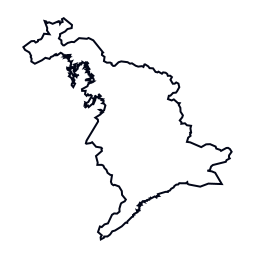 the district of Huancane, Puno, Peru, rotated 89°
{"feature_id": "86281439B8131486322955", "entity_name": "Huancane", "entity_type": "district", "adm_level": 2, "iso_a3": "PER", "parent_name": "Peru", "parent_adm1": "Puno", "projection": "natural_earth1", "projection_center": [-69.717, -15.15], "detail": "fine", "context": "isolated", "style": "outline", "palette": "ink", "viewbox_px": 256, "rotation_deg": 89, "n_neighbors": 0, "source": "geoboundaries", "source_scale": "gbopen_adm2", "svg_char_len": 5752}
<svg xmlns="http://www.w3.org/2000/svg" viewBox="0 0 256 256"><g transform="rotate(89 128 128)"><path d="M17.1,190.4L18.0,192.1L20.8,191.5L21.4,193.3L22.6,194.1L20.2,194.5L20.7,195.9L20.2,196.0L22.5,201.5L20.9,205.1L21.6,206.7L20.0,208.0L19.6,209.5L26.6,207.0L29.1,207.3L32.9,204.9L32.3,210.3L36.8,212.6L37.8,213.6L38.5,216.4L39.7,216.5L40.6,217.9L40.9,218.9L39.4,220.2L39.5,223.1L45.3,231.2L48.1,229.6L50.7,225.3L54.2,223.6L55.2,224.1L57.0,223.2L59.8,223.5L62.1,220.0L58.8,212.9L56.4,209.4L57.5,205.2L55.6,203.8L54.9,201.8L53.3,199.8L52.9,198.8L53.5,198.7L53.5,197.7L54.0,198.3L54.0,197.4L51.6,194.0L52.7,192.1L55.1,190.8L53.9,189.8L54.7,188.6L54.0,187.7L53.9,184.4L54.6,184.7L54.5,185.5L55.2,188.1L54.9,185.8L55.5,184.8L55.7,186.0L56.1,185.7L56.2,187.3L55.5,187.1L55.7,188.4L54.9,188.9L55.6,190.6L55.8,189.2L56.5,189.8L56.0,188.0L56.6,188.3L56.7,187.1L58.2,187.0L56.7,186.7L56.6,185.8L57.4,185.7L58.0,186.6L59.3,185.6L59.9,186.1L60.7,184.2L60.3,183.0L62.0,184.0L63.4,183.5L64.3,184.5L66.8,184.1L66.5,185.4L66.8,186.4L67.2,186.1L66.7,187.7L67.4,187.6L67.4,188.7L67.8,187.1L68.8,187.2L70.4,184.5L72.2,184.2L72.3,185.9L73.9,185.0L75.2,186.2L76.5,184.2L78.8,182.9L82.1,182.1L82.5,183.3L84.2,183.6L86.2,182.0L82.6,180.1L81.5,181.6L79.2,180.7L78.1,182.1L77.6,180.7L77.5,182.3L75.2,181.3L75.2,180.6L74.3,180.9L73.6,180.1L75.8,178.5L75.0,178.3L73.9,176.2L74.5,178.0L75.3,178.7L73.4,179.3L72.9,180.4L74.1,182.2L68.6,185.2L68.0,185.3L68.0,184.7L67.8,186.0L67.3,184.6L67.7,183.9L67.3,183.2L67.3,184.4L65.9,183.0L66.5,181.8L67.1,182.2L67.3,181.8L66.2,181.4L65.8,180.2L63.7,180.8L63.1,179.0L64.9,180.2L65.1,179.4L66.2,179.9L65.5,179.4L65.9,179.2L66.6,180.1L66.6,181.1L68.0,181.1L67.2,180.5L69.1,179.5L70.1,180.3L69.5,180.4L70.1,181.4L71.2,180.8L69.5,178.8L68.6,179.0L69.6,177.9L68.4,178.8L67.9,177.3L65.6,177.1L66.0,176.9L64.7,175.9L64.5,176.6L63.8,176.5L63.7,173.7L62.8,173.2L62.8,174.5L62.5,174.7L62.0,172.4L61.2,172.4L62.4,170.6L62.1,169.3L60.8,168.9L63.8,168.7L64.6,170.2L65.2,169.8L66.9,170.8L66.5,169.9L65.8,169.9L66.2,169.6L61.9,167.5L62.6,166.8L63.8,168.0L64.7,167.6L65.9,168.5L66.0,167.2L67.1,167.7L66.9,166.6L68.4,165.5L69.0,166.4L68.3,167.1L69.2,167.7L68.6,167.7L68.9,168.8L69.5,167.7L71.4,168.8L71.1,165.9L72.1,165.9L71.5,166.5L72.0,166.9L74.0,166.4L74.7,164.5L73.4,163.7L74.1,162.9L74.1,163.7L74.7,163.3L75.4,164.3L75.8,162.5L78.1,165.7L78.7,168.8L80.0,169.9L79.2,168.3L79.5,166.2L77.2,163.3L77.5,162.0L78.9,161.4L80.6,161.8L80.7,161.2L81.5,162.4L80.4,164.8L81.5,164.6L81.7,166.0L82.2,165.3L82.3,166.4L82.5,165.4L83.5,167.1L85.5,167.8L88.4,173.4L90.1,173.2L90.1,169.7L93.4,170.4L95.1,168.8L93.6,167.5L94.8,166.5L94.2,164.6L95.3,163.6L101.3,167.2L102.3,169.0L101.8,170.1L103.2,169.6L103.0,170.7L104.5,171.0L104.1,170.0L105.3,169.7L107.1,170.8L104.8,167.7L106.4,166.9L103.5,163.5L103.6,162.2L100.8,160.9L101.4,162.3L98.5,161.6L97.7,162.6L97.6,161.3L99.0,160.4L97.1,159.8L95.7,160.5L95.4,159.9L96.8,158.6L96.3,157.5L95.0,156.1L93.4,156.9L95.6,154.7L96.6,156.3L97.8,156.7L98.8,152.5L99.8,153.7L100.5,151.9L102.0,152.1L102.8,153.1L103.0,151.9L105.0,150.2L109.9,151.6L110.6,153.1L109.3,154.9L109.4,156.1L111.8,152.8L112.7,154.0L112.6,155.1L113.8,155.1L117.1,160.5L119.0,158.0L121.0,157.8L139.8,169.6L142.6,170.4L143.0,169.9L142.4,165.6L141.6,164.1L146.2,160.3L147.1,155.3L147.9,154.4L148.9,154.9L150.5,154.5L155.5,160.5L162.0,158.9L164.3,159.3L164.4,154.9L165.2,153.3L167.5,152.3L169.5,150.3L172.5,149.2L174.5,146.6L174.9,144.8L181.5,146.0L183.7,145.2L185.0,143.6L184.6,142.3L186.3,138.0L191.0,135.3L194.8,135.1L199.5,131.4L201.2,132.5L202.9,135.9L204.0,136.6L208.6,138.0L211.4,137.9L213.4,140.4L213.2,143.4L214.5,145.5L223.0,149.7L224.0,153.2L226.6,156.0L226.0,157.8L231.5,159.8L234.8,156.1L236.8,157.3L238.9,157.1L237.3,154.0L236.1,153.7L236.1,150.4L234.2,147.8L231.0,145.5L230.3,142.8L226.2,135.9L222.6,132.1L222.8,130.4L221.5,130.3L217.1,125.8L216.6,124.4L215.1,124.5L214.8,123.1L213.9,123.3L212.4,120.0L210.6,120.6L211.3,119.5L210.7,118.0L209.6,118.8L209.0,117.9L207.6,118.2L206.4,117.3L205.7,119.4L205.1,118.7L205.0,115.9L203.9,116.8L204.0,117.9L203.0,117.4L204.1,115.7L202.5,115.6L201.8,114.3L202.2,113.2L201.4,113.8L201.1,110.3L199.6,110.4L200.3,110.0L200.1,108.0L198.9,107.8L199.1,107.1L198.3,106.6L198.8,106.2L196.9,102.4L198.0,100.7L196.8,100.3L196.6,98.7L196.0,99.6L195.5,98.6L194.6,99.1L192.5,91.6L192.6,89.3L192.0,89.3L191.2,87.2L189.5,85.9L188.2,83.4L186.8,82.6L185.5,80.7L185.3,78.7L184.1,77.7L184.3,71.3L183.2,69.7L184.8,69.5L185.6,67.9L187.9,56.8L185.0,48.6L185.7,35.2L174.3,41.6L172.8,45.0L172.1,49.4L171.6,46.9L168.0,45.6L166.5,43.8L163.5,30.8L161.8,30.0L160.2,26.8L158.9,27.6L157.1,27.4L153.6,24.8L150.8,26.5L149.6,28.3L149.7,30.0L152.5,35.4L151.5,36.2L150.1,40.1L148.1,40.7L145.6,46.2L145.7,50.2L148.4,55.1L143.4,66.1L142.9,69.3L138.7,68.0L136.9,65.6L135.2,66.1L134.4,65.4L133.7,65.8L133.4,65.0L129.5,65.6L126.9,64.9L126.3,69.0L124.3,71.0L124.7,74.6L123.3,74.4L121.3,76.1L118.3,73.6L116.3,72.9L112.6,75.2L108.7,75.3L105.7,76.9L104.1,75.9L103.9,77.7L100.2,81.7L101.2,83.8L99.8,87.5L96.5,86.6L96.4,85.0L93.7,82.3L93.5,79.5L92.1,78.3L88.1,76.0L84.5,76.8L83.3,79.0L84.5,80.5L84.5,82.4L80.5,84.7L77.9,83.2L76.5,84.8L76.5,87.3L74.7,87.8L73.4,89.4L73.0,91.9L74.3,93.1L72.2,96.6L72.9,97.5L72.4,99.5L68.8,101.9L68.5,105.4L66.7,106.7L64.7,109.8L64.8,110.5L67.2,111.5L66.4,112.9L66.8,116.7L65.9,119.2L63.4,122.9L63.7,125.0L62.2,127.2L61.3,133.6L62.1,136.3L65.6,140.1L65.7,141.7L64.1,143.4L63.1,143.2L62.3,144.6L62.3,148.0L60.7,150.9L56.5,150.2L54.5,152.8L52.6,152.6L52.1,151.6L39.7,161.2L37.3,165.9L38.1,167.5L37.3,175.3L41.2,180.4L40.9,182.9L41.9,186.8L44.3,190.4L44.2,191.4L42.3,193.0L39.2,193.1L37.3,195.5L34.8,194.3L32.9,194.3L30.4,189.2L28.0,186.8L27.1,182.6L24.0,182.2L17.1,190.4Z" fill="none" stroke="#020617" stroke-width="2"/></g></svg>